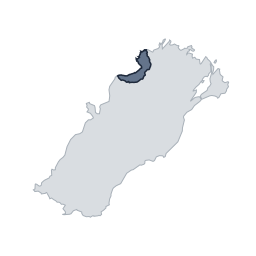 Turkey, with Antalya highlighted, rotated 133°
{"feature_id": "TUR-2271", "entity_name": "Antalya", "entity_type": "Province", "adm_level": 1, "iso_a3": "TUR", "parent_name": "Turkey", "parent_adm1": "", "projection": "equal_earth", "projection_center": [30.734, 36.761], "detail": "fine", "context": "in_parent", "style": "filled", "palette": "slate", "viewbox_px": 256, "rotation_deg": 133, "n_neighbors": 0, "source": "natural_earth", "source_scale": "10m", "svg_char_len": 6265}
<svg xmlns="http://www.w3.org/2000/svg" viewBox="0 0 256 256"><g transform="rotate(133 128 128)"><path d="M196.9,89.3L200.5,90.6L201.6,89.6L204.8,89.8L207.7,90.5L209.2,88.4L211.2,88.6L211.7,89.7L212.7,90.1L215.8,92.7L215.5,93.0L216.3,94.0L218.9,94.7L219.2,96.0L221.3,98.0L222.6,101.1L222.1,103.3L221.0,104.6L222.9,109.3L222.5,109.9L225.7,111.5L229.6,111.2L230.9,111.9L235.0,115.6L236.0,117.1L233.3,115.3L231.9,116.8L231.4,120.5L227.2,121.2L228.0,123.6L229.2,124.7L229.0,126.9L229.3,127.8L230.6,129.3L230.5,131.4L231.1,133.5L231.3,136.1L233.1,136.9L232.4,138.1L230.7,143.4L230.9,143.8L232.2,143.9L235.3,146.4L234.8,147.2L235.4,150.6L238.0,152.8L237.7,153.9L237.8,155.0L236.0,154.5L232.4,157.5L232.0,157.5L231.4,156.4L231.1,153.4L230.2,152.6L229.0,152.4L227.0,153.8L225.2,153.7L223.3,153.5L218.3,151.6L216.5,152.2L214.6,151.5L211.1,155.2L210.0,155.5L209.4,153.7L208.1,152.7L206.5,154.1L200.3,155.8L197.4,156.1L193.8,155.5L190.9,155.7L183.1,159.9L175.5,162.1L168.7,161.9L164.9,159.3L161.9,158.7L153.3,162.7L149.0,162.5L147.5,160.9L144.2,160.2L143.5,161.8L142.9,165.5L144.2,169.0L142.3,169.2L141.1,169.9L140.9,172.5L139.2,173.5L138.7,175.1L138.4,175.2L135.6,173.8L136.3,172.6L134.5,167.8L135.3,166.3L138.8,162.4L138.6,160.2L137.1,158.6L132.7,161.4L132.3,162.5L131.3,163.4L129.6,163.7L121.5,160.0L116.9,163.3L113.0,168.0L110.0,169.8L101.1,171.1L99.5,172.0L96.5,171.0L94.6,169.7L90.5,164.3L82.7,160.3L74.5,159.3L73.8,160.3L73.5,164.5L72.2,168.4L71.5,168.8L69.7,167.8L63.4,170.1L58.0,167.6L57.0,166.4L55.8,161.9L55.1,161.6L54.2,162.2L53.3,162.2L49.4,160.2L47.3,160.1L46.1,162.0L44.0,162.8L44.0,162.3L44.8,161.0L41.5,161.2L39.8,162.2L37.5,161.6L37.6,161.1L39.5,160.5L43.9,159.8L46.7,156.8L36.3,156.9L35.3,157.6L35.2,156.0L35.8,155.3L38.5,154.7L38.4,153.4L36.7,152.0L34.9,151.3L34.1,148.0L33.2,147.2L33.3,146.7L35.0,146.1L35.4,143.8L35.2,142.3L31.9,141.0L31.1,141.1L30.3,139.9L28.9,139.0L27.8,139.7L24.4,137.8L25.1,136.4L25.9,136.4L26.1,135.3L25.5,133.4L25.6,132.5L26.3,132.3L27.1,132.4L27.9,133.5L28.0,135.6L28.9,136.9L29.5,135.6L31.0,136.3L33.8,135.7L34.3,135.1L32.3,135.2L31.6,134.7L30.0,131.2L31.7,130.2L32.9,128.5L30.7,127.4L31.1,125.1L29.2,122.4L31.9,119.1L31.8,118.6L31.0,118.4L22.8,119.8L22.7,118.3L23.3,117.0L23.3,113.7L23.7,112.0L25.2,111.5L27.1,108.9L30.2,105.9L33.3,105.9L34.5,105.1L36.4,105.0L36.9,106.2L38.5,107.1L41.4,106.9L42.8,106.1L41.5,104.7L43.1,104.2L44.4,104.5L43.7,106.2L44.1,106.3L47.8,105.8L51.6,106.2L55.9,106.0L56.5,105.5L53.5,103.9L55.4,102.4L56.5,102.2L65.4,100.8L65.5,100.5L60.0,99.8L57.2,97.9L56.4,96.8L57.0,94.3L57.6,93.7L59.6,93.6L66.3,94.7L71.1,94.0L76.4,95.7L81.4,95.4L82.4,94.6L83.7,92.2L90.7,88.3L93.2,86.2L104.1,82.1L120.6,82.8L123.5,81.3L125.1,81.8L124.7,82.8L124.8,83.8L126.8,86.2L129.8,87.6L133.8,86.4L135.3,86.9L136.9,90.7L139.5,92.9L140.7,93.1L142.2,91.7L143.6,91.6L146.1,92.9L147.0,94.2L154.9,95.8L156.6,96.9L162.0,98.1L173.7,95.4L178.1,97.2L181.7,97.8L183.2,97.5L187.9,95.4L189.3,94.1L192.3,93.1L195.9,90.7L196.9,89.3ZM45.0,82.7L44.6,84.3L45.3,86.2L47.0,88.8L48.6,90.1L56.6,93.6L55.4,96.8L53.4,97.3L46.6,95.8L43.8,97.1L41.8,96.8L39.0,97.4L38.1,99.3L36.2,101.6L30.6,104.4L25.5,110.0L24.0,110.7L24.7,108.8L24.7,107.1L26.9,105.2L30.0,103.7L30.9,102.5L23.1,102.7L22.4,101.0L23.2,100.7L25.7,97.6L26.0,96.4L25.8,93.4L28.9,91.7L29.2,91.0L28.8,88.1L25.9,86.4L26.0,85.5L28.1,84.8L29.3,82.7L32.3,82.3L33.7,81.3L36.4,80.8L39.6,83.4L43.5,82.4L45.0,82.7ZM21.4,109.8L18.8,110.3L18.0,109.8L18.8,108.9L20.8,108.3L21.5,109.2L21.4,109.8Z" fill="#d9dde1" stroke="#a8b0b8" stroke-width="1"/><path d="M96.9,171.1L96.4,171.0L96.2,171.0L95.3,170.4L95.2,170.3L95.1,170.1L94.9,170.0L94.7,169.9L93.9,169.0L93.8,168.9L93.6,168.8L93.5,168.7L93.5,168.3L93.4,168.1L93.2,167.7L92.5,167.0L92.3,166.6L92.2,166.4L92.1,166.2L92.0,165.9L91.9,165.9L91.5,165.3L91.4,165.1L91.2,165.0L90.5,164.2L90.4,164.2L90.2,164.1L89.9,164.0L89.8,163.9L89.4,163.9L89.1,163.9L88.9,163.6L88.6,163.5L88.3,163.5L88.1,163.5L88.0,163.4L87.5,163.2L87.3,162.8L87.1,162.7L86.8,162.7L85.9,162.2L85.7,162.1L85.5,161.9L83.3,160.8L83.0,160.8L83.0,160.4L82.5,160.1L77.9,159.4L76.0,159.5L75.7,159.4L75.4,159.3L75.0,158.9L74.3,159.4L74.0,159.7L73.8,160.2L73.7,160.4L73.6,160.6L73.6,161.0L73.5,161.5L73.6,161.8L73.7,162.0L73.6,162.3L73.5,162.5L73.5,162.8L73.5,163.0L73.6,163.3L73.7,163.5L73.8,163.4L73.7,163.7L73.6,164.3L73.2,164.8L73.0,165.0L72.9,165.6L72.6,166.0L72.5,166.4L72.5,166.6L72.6,166.9L72.8,167.0L72.7,167.2L73.0,167.3L72.9,167.5L72.5,167.8L72.4,168.1L72.5,168.1L72.5,168.3L72.4,168.4L72.2,168.5L72.1,168.9L71.9,169.1L71.6,169.4L71.6,168.7L71.4,168.3L71.2,168.4L69.9,167.8L69.7,167.8L68.8,168.0L68.7,168.1L68.7,168.3L68.7,168.6L68.5,168.3L68.4,168.6L68.4,168.8L68.3,168.6L68.3,168.8L67.8,168.8L67.7,168.7L67.4,168.6L67.6,168.6L67.6,168.8L66.8,169.2L66.7,169.2L66.5,169.3L66.4,169.3L66.3,169.2L66.1,169.2L65.9,169.2L65.8,169.4L65.6,169.5L65.2,169.6L65.1,169.8L64.7,169.9L64.7,170.0L64.9,170.0L64.6,170.3L64.4,170.4L64.2,170.4L64.3,170.3L64.3,170.2L64.2,170.1L63.9,170.0L63.7,170.1L63.5,170.3L63.4,170.3L63.2,170.7L63.1,170.3L62.7,170.1L62.6,169.8L62.8,169.9L62.8,169.7L62.7,169.6L62.1,169.7L62.4,169.5L62.5,169.5L62.4,169.4L61.4,169.4L61.1,169.3L60.4,168.9L60.2,169.0L60.2,168.9L60.1,168.4L60.1,168.6L59.9,168.4L59.8,168.5L59.7,168.5L59.6,168.8L59.4,169.0L59.3,168.9L59.2,168.7L59.1,168.8L58.4,168.0L58.7,167.9L58.9,167.6L59.0,167.1L59.0,166.8L59.1,166.5L59.2,166.3L59.6,165.4L60.3,165.1L60.7,165.3L60.9,165.1L60.9,164.7L61.0,164.3L61.5,163.8L62.1,163.3L62.3,162.5L62.1,161.6L63.4,158.5L63.7,158.4L64.1,158.3L64.3,157.9L64.7,157.5L65.1,156.6L65.3,155.5L65.9,154.6L68.0,153.4L68.7,153.3L70.4,152.5L71.1,152.6L71.9,153.6L72.1,153.7L73.7,153.6L74.8,153.7L75.7,153.7L76.1,153.6L76.8,152.8L77.0,152.1L77.8,151.4L78.9,151.8L80.0,151.4L80.7,151.3L81.2,150.9L81.8,150.7L82.4,150.8L82.7,151.1L82.9,151.4L83.4,151.8L83.9,152.0L85.0,152.0L88.0,152.6L89.0,153.3L89.7,154.0L90.5,154.6L91.1,155.3L91.6,156.0L92.0,156.4L92.3,156.6L93.1,157.4L93.6,157.6L93.9,157.8L94.0,158.3L93.7,158.6L93.5,159.0L93.7,159.4L94.2,159.6L94.8,159.7L95.1,159.8L95.4,160.1L95.6,161.2L95.5,162.2L95.9,163.3L96.4,164.3L96.7,164.8L97.1,165.1L97.6,165.3L97.8,165.8L97.7,166.7L97.8,168.4L97.6,169.2L97.4,169.5L97.2,170.0L97.2,170.3L97.1,170.7L96.9,171.0L96.9,171.1Z" fill="#64748b" stroke="#1e293b" stroke-width="1.5"/></g></svg>